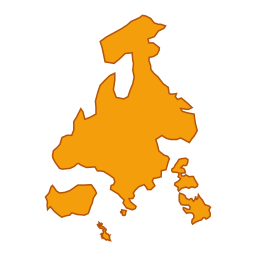 Goheung-gun, South Jeolla, South Korea
{"feature_id": "91817680B78599330358722", "entity_name": "Goheung-gun", "entity_type": "district", "adm_level": 2, "iso_a3": "KOR", "parent_name": "South Korea", "parent_adm1": "South Jeolla", "projection": "equal_earth", "projection_center": [127.345, 34.606], "detail": "fine", "context": "isolated", "style": "filled", "palette": "amber", "viewbox_px": 256, "rotation_deg": 0, "n_neighbors": 0, "source": "geoboundaries", "source_scale": "gbopen_adm2", "svg_char_len": 4441}
<svg xmlns="http://www.w3.org/2000/svg" viewBox="0 0 256 256"><path d="M100.5,42.4L102.3,48.3L105.1,61.9L114.1,63.4L119.6,58.8L125.2,53.5L132.1,52.8L132.8,60.3L133.5,63.4L132.8,70.2L134.2,77.0L132.8,83.8L130.0,90.6L128.0,96.6L123.8,98.9L116.2,97.4L113.4,89.8L114.8,80.0L114.8,73.2L109.9,75.5L104.4,80.8L100.2,85.3L98.1,91.3L95.4,101.2L96.0,107.2L96.0,114.0L90.5,117.1L84.9,119.3L82.9,111.8L80.8,108.7L76.6,117.1L73.8,121.6L73.8,129.9L71.7,135.3L66.9,135.3L62.0,137.5L59.9,144.3L57.2,147.4L53.4,150.7L52.5,155.7L53.1,158.5L55.1,162.2L59.6,168.4L62.2,169.1L69.9,168.4L74.4,166.3L77.0,163.8L79.0,163.5L80.1,164.7L86.4,167.5L94.9,166.9L97.4,170.9L100.3,170.9L103.7,171.5L106.8,173.4L109.4,175.0L113.7,178.1L114.8,181.8L113.6,184.6L111.1,185.5L110.5,189.3L114.5,191.7L118.5,194.2L120.5,196.7L124.2,200.1L123.0,202.9L126.4,207.9L132.4,209.8L135.3,208.5L136.1,206.4L133.0,203.9L130.7,202.0L129.0,198.6L132.7,198.6L134.4,195.8L133.3,193.0L135.5,189.9L138.7,186.8L144.1,184.6L146.4,187.4L147.5,189.6L150.9,189.6L154.9,185.8L152.3,181.2L153.5,178.4L157.4,177.8L161.1,176.8L161.4,170.6L163.4,170.3L166.0,169.7L167.4,164.7L168.2,161.9L169.4,158.8L167.7,156.3L164.0,155.1L158.9,151.0L157.2,143.9L155.7,139.5L162.0,135.5L164.3,137.1L167.1,138.6L171.1,139.5L176.8,139.5L180.5,138.0L183.0,139.2L189.3,142.6L191.8,138.9L194.1,136.1L195.8,133.3L197.2,130.5L195.5,124.0L194.7,119.1L194.1,114.1L187.6,112.9L182.2,111.3L180.7,108.5L188.1,109.5L192.1,107.6L187.6,103.3L181.3,98.0L177.6,99.5L175.3,96.7L176.5,93.6L171.1,94.3L169.1,93.3L168.2,87.4L163.1,83.7L157.7,76.6L154.0,73.5L150.9,69.5L150.6,65.5L148.9,60.5L149.2,57.4L153.4,56.5L157.1,54.3L159.1,50.3L159.4,47.8L153.2,42.9L148.9,42.9L148.0,38.9L154.3,36.7L158.3,31.1L163.9,28.3L165.6,25.9L160.8,24.3L158.3,24.3L154.0,22.8L150.6,18.4L145.8,16.0L142.4,15.4L139.8,17.5L136.4,19.1L131.0,21.5L127.3,24.9L121.7,28.6L106.5,36.9L100.2,41.5L100.5,42.4ZM95.1,190.0L91.4,184.8L88.7,184.8L83.9,185.1L77.8,185.1L69.8,190.6L64.7,192.4L59.7,193.0L56.7,191.2L52.5,185.4L51.1,186.8L49.0,193.0L45.5,197.0L47.4,201.1L47.1,204.9L47.6,209.6L50.3,206.7L54.6,211.6L58.0,214.5L61.8,217.2L65.2,216.0L69.8,215.1L71.9,212.8L77.2,214.5L84.7,215.1L88.2,213.4L89.0,211.6L90.8,206.1L92.2,203.2L93.3,198.2L96.5,193.2L95.1,190.0ZM186.2,198.3L185.0,195.7L183.2,194.4L179.7,193.1L179.2,195.2L179.2,198.5L179.2,201.0L180.3,203.0L181.3,204.7L185.2,205.1L188.6,205.1L190.2,207.1L189.7,209.2L188.0,209.5L185.9,208.4L183.3,207.5L183.2,209.2L185.0,211.6L186.6,213.3L189.0,212.7L191.7,212.9L193.4,214.2L193.9,215.7L193.8,217.9L192.2,219.6L191.7,222.4L192.6,224.1L195.5,222.2L198.9,220.7L201.6,219.8L203.1,217.8L204.7,217.6L206.1,219.1L208.1,217.9L210.0,216.3L210.3,213.5L208.9,209.9L210.5,207.3L209.3,206.2L204.8,204.5L203.6,202.4L202.5,200.2L199.9,197.2L198.4,194.6L197.8,198.5L196.5,199.3L195.6,196.3L194.9,199.6L193.4,201.3L191.7,198.5L190.5,198.7L189.1,199.8L186.2,198.3ZM186.6,165.1L187.8,162.2L187.9,159.5L185.7,158.2L180.9,158.8L178.9,159.5L177.2,162.3L175.3,164.8L173.8,167.9L172.1,168.7L171.7,170.7L172.6,172.0L177.0,172.4L178.7,173.0L178.9,174.6L178.0,176.7L180.6,178.6L179.6,180.1L179.1,180.4L177.7,181.5L175.0,183.0L174.6,184.9L176.5,186.4L178.2,187.3L177.9,189.9L178.7,191.1L182.0,188.1L184.7,187.5L186.2,187.1L188.8,188.3L191.7,186.8L194.9,187.7L197.2,186.4L197.8,184.5L195.6,181.0L194.6,179.3L193.4,176.5L191.2,176.5L189.1,176.7L185.9,174.8L184.0,176.1L182.0,176.1L180.6,173.3L183.3,173.0L185.4,172.8L184.5,169.4L183.2,168.3L180.8,167.7L183.3,165.3L184.9,165.7L186.6,165.1ZM99.9,223.2L99.0,222.5L99.1,223.3L99.7,223.9L99.6,224.3L98.2,224.2L97.4,224.8L98.0,225.6L99.9,225.6L100.2,226.0L99.8,226.7L98.8,226.9L100.0,228.2L101.3,228.5L102.3,228.8L103.6,229.5L103.6,230.2L102.9,230.9L103.7,231.9L103.0,233.6L101.8,233.4L100.8,234.2L102.2,234.8L102.5,235.9L102.1,236.0L101.5,235.9L101.5,237.0L102.3,237.2L102.3,238.2L102.8,237.9L103.6,237.7L104.1,238.8L105.3,238.9L106.1,240.0L107.3,239.6L109.2,240.4L110.5,240.6L109.6,238.9L109.4,237.8L109.7,237.1L109.2,236.2L109.7,235.4L108.9,235.7L108.4,234.4L107.8,234.0L107.1,234.0L105.9,233.0L105.3,231.0L105.9,230.4L106.2,229.3L105.1,228.8L104.8,228.0L103.4,226.9L102.4,226.6L101.3,225.4L101.5,224.9L102.2,224.0L101.6,223.3L100.4,223.9L99.9,223.2ZM121.7,209.8L121.6,211.2L120.6,211.7L120.9,212.7L122.4,212.5L122.1,213.9L122.8,215.3L124.4,215.5L125.3,214.9L125.6,213.3L125.6,212.3L126.3,210.8L124.8,210.4L123.9,210.2L123.6,210.2L121.7,209.8Z" fill="#f59e0b" stroke="#b45309" stroke-width="1.5"/></svg>